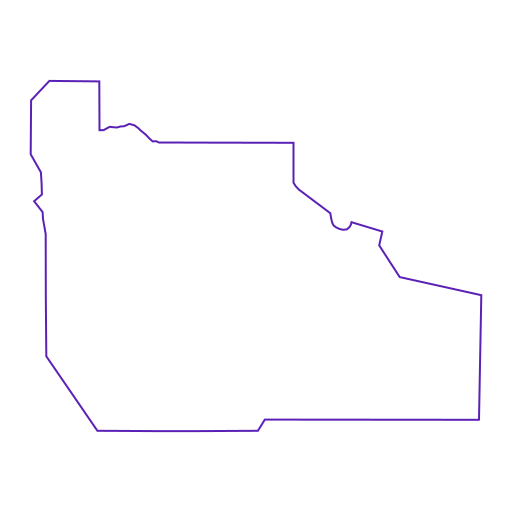 the district of Yangoru Saussia District, East Sepik, Papua New Guinea
{"feature_id": "67681753B58209203990587", "entity_name": "Yangoru Saussia District", "entity_type": "district", "adm_level": 2, "iso_a3": "PNG", "parent_name": "Papua New Guinea", "parent_adm1": "East Sepik", "projection": "robinson", "projection_center": [143.419, -3.768], "detail": "fine", "context": "isolated", "style": "outline", "palette": "violet", "viewbox_px": 512, "rotation_deg": 0, "n_neighbors": 0, "source": "geoboundaries", "source_scale": "gbopen_adm2", "svg_char_len": 865}
<svg xmlns="http://www.w3.org/2000/svg" viewBox="0 0 512 512"><path d="M478.9,419.8L479.0,419.6L481.3,295.2L399.7,277.1L379.2,245.4L382.3,231.5L351.5,222.2L350.8,224.9L349.3,227.3L346.8,229.4L343.2,229.8L339.3,228.9L336.0,227.3L333.6,225.5L332.3,222.9L331.6,220.2L331.1,218.0L330.3,213.2L298.9,189.6L295.6,186.1L293.5,182.7L293.5,142.8L191.8,142.6L166.9,142.5L158.9,142.5L156.2,141.2L152.6,141.4L149.1,138.2L145.9,134.8L140.7,130.5L138.1,128.0L134.4,125.3L129.3,123.9L124.3,126.2L120.5,126.5L116.9,127.5L113.0,127.2L109.8,126.8L106.5,128.5L104.4,129.7L103.7,130.1L99.5,130.2L99.3,81.4L49.4,80.9L31.1,100.3L30.7,154.3L40.9,172.3L41.6,183.6L41.9,194.5L34.1,201.2L42.6,212.1L43.0,218.9L45.7,234.1L45.8,294.8L46.3,356.3L64.7,383.1L97.4,430.8L118.4,430.9L153.1,431.1L200.6,431.1L257.9,430.8L264.8,419.6L478.9,419.8Z" fill="none" stroke="#5b21b6" stroke-width="2"/></svg>